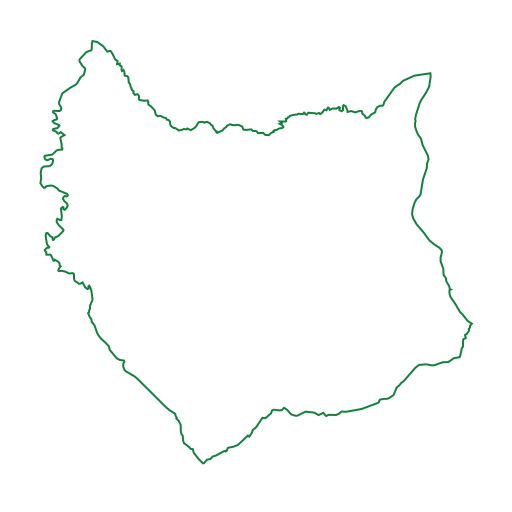 the district of Vemasse, Baucau, East Timor, rotated 92°
{"feature_id": "22284137B19870753775512", "entity_name": "Vemasse", "entity_type": "district", "adm_level": 2, "iso_a3": "TLS", "parent_name": "East Timor", "parent_adm1": "Baucau", "projection": "albers", "projection_center": [126.238, -8.584], "detail": "fine", "context": "isolated", "style": "outline", "palette": "green", "viewbox_px": 512, "rotation_deg": 92, "n_neighbors": 0, "source": "geoboundaries", "source_scale": "gbopen_adm2", "svg_char_len": 6041}
<svg xmlns="http://www.w3.org/2000/svg" viewBox="0 0 512 512"><g transform="rotate(92 256 256)"><path d="M316.1,37.9L313.4,42.4L307.2,47.5L304.9,50.1L297.0,55.1L289.8,60.4L286.0,61.4L283.8,61.5L283.2,61.3L282.7,60.1L282.1,61.2L279.3,61.9L274.7,64.9L271.7,65.4L268.3,67.9L262.0,68.4L255.0,71.3L251.2,71.5L246.0,70.3L244.0,70.5L241.4,72.9L237.8,78.8L234.3,83.3L227.1,88.9L218.4,96.8L212.8,100.3L208.6,101.5L203.8,101.1L197.1,99.3L193.7,97.7L190.6,94.7L188.5,93.7L173.7,91.8L162.4,88.4L157.8,88.3L153.5,86.9L149.9,87.6L139.2,93.4L133.2,95.1L128.7,98.5L125.9,99.8L121.4,101.5L117.5,101.7L115.7,101.2L113.7,101.7L109.0,101.0L97.8,97.8L95.0,96.7L87.1,91.9L80.8,88.9L70.5,87.7L67.3,88.1L70.2,103.9L75.7,115.0L79.0,118.3L83.0,123.6L97.6,133.2L100.6,134.0L101.4,134.7L101.6,137.6L102.9,139.8L105.1,141.3L108.2,141.9L110.5,145.7L113.5,148.1L114.2,149.9L114.0,151.2L112.5,151.7L109.9,154.8L108.2,154.9L107.5,155.4L107.3,156.9L109.0,161.9L107.8,165.9L108.8,169.5L107.3,169.7L103.3,171.6L102.2,173.6L103.2,174.4L107.2,174.1L108.3,175.4L107.3,177.8L106.7,177.9L104.8,177.3L104.2,178.5L106.0,180.8L105.9,184.8L107.4,187.3L105.2,188.7L105.3,189.5L107.9,190.6L107.3,192.7L110.7,195.1L111.9,196.8L110.9,197.9L111.9,200.8L111.3,201.9L111.0,208.7L113.1,210.2L112.3,212.0L111.1,212.5L111.0,213.0L112.4,214.1L112.6,215.0L112.3,218.6L113.2,220.0L113.5,222.8L114.8,227.0L116.3,228.3L116.3,229.0L117.6,229.7L117.9,231.0L120.1,230.5L120.6,231.1L120.7,236.7L122.2,234.9L123.1,236.9L124.0,234.8L125.7,233.2L126.5,233.2L127.3,234.8L127.7,237.2L129.5,240.2L129.7,242.2L130.6,243.0L131.2,242.5L132.7,245.5L134.8,247.4L134.6,251.1L132.7,253.1L133.1,258.3L131.5,259.7L131.1,260.7L131.2,263.5L129.6,265.2L130.3,269.8L130.2,272.6L129.9,273.1L127.1,274.3L125.9,277.2L125.5,279.6L126.1,280.9L125.9,284.4L125.2,286.5L126.9,289.6L128.3,290.3L129.5,292.2L131.6,293.7L134.3,299.1L133.9,299.9L132.9,299.6L132.4,300.7L129.8,303.0L127.3,304.0L126.4,305.6L124.8,306.9L123.6,309.6L124.1,311.7L124.6,312.2L123.8,313.9L124.1,317.4L124.6,318.2L128.4,320.3L130.2,322.0L132.5,325.6L131.0,329.1L131.9,329.9L131.6,332.7L132.5,334.3L133.3,337.6L131.0,341.0L130.9,342.6L129.8,344.7L128.1,346.2L124.6,346.7L123.0,348.3L123.0,349.7L121.2,350.9L120.8,353.3L119.3,356.2L119.7,359.0L118.4,361.0L113.9,362.4L110.1,366.1L108.5,368.8L105.0,369.2L104.3,369.8L104.8,373.2L104.2,377.6L103.4,378.6L100.4,378.4L98.7,379.6L98.4,380.4L99.2,382.6L97.3,384.3L95.6,384.1L94.3,385.9L92.7,386.2L92.0,387.0L88.5,387.9L87.1,389.2L81.8,389.9L80.8,391.1L80.4,393.4L76.4,394.1L74.7,394.9L75.8,396.4L74.6,396.9L71.8,396.8L70.9,397.3L70.4,398.8L68.5,398.8L69.1,401.6L66.0,401.1L64.4,403.6L59.4,406.2L56.5,408.2L56.1,408.7L56.9,411.8L51.7,416.0L47.7,422.1L46.9,426.9L48.4,427.4L55.2,427.4L56.1,427.8L58.2,432.8L65.5,439.0L66.4,439.3L67.5,439.2L71.9,436.3L74.5,433.4L75.7,433.2L80.9,434.4L83.6,437.6L89.4,440.6L91.0,442.0L94.2,447.3L100.3,455.3L109.1,458.2L111.0,458.0L114.9,455.7L116.7,455.9L118.0,457.5L117.9,462.9L118.3,463.8L119.5,463.8L121.1,461.4L122.5,460.6L125.7,459.5L126.5,460.0L127.2,462.4L128.3,464.0L130.2,462.4L131.9,457.6L132.6,457.0L135.1,458.9L136.0,462.7L136.3,463.2L137.4,463.4L138.8,459.8L140.3,458.7L140.6,457.7L139.0,455.4L141.8,451.6L144.1,455.3L144.8,455.7L151.1,454.1L153.9,454.1L155.5,453.2L156.4,453.4L156.8,457.0L157.5,459.0L161.7,463.0L163.2,470.4L163.9,470.9L166.2,470.4L167.0,469.6L167.6,468.0L166.0,464.5L166.2,463.0L166.7,462.3L168.4,462.1L171.5,463.1L173.4,465.3L174.0,471.1L175.7,473.3L180.5,474.1L186.0,473.4L190.7,474.0L193.8,471.9L195.4,470.1L195.1,469.3L193.9,468.4L193.4,467.1L192.7,463.4L193.0,461.3L195.5,456.8L197.6,455.0L200.5,447.0L201.7,446.2L202.5,446.4L203.1,447.3L202.8,449.4L204.1,450.6L205.5,450.9L207.8,449.5L209.9,447.0L211.9,445.9L214.6,447.0L216.6,448.8L215.9,450.1L214.2,450.1L213.7,450.8L214.8,452.2L215.8,452.6L223.1,451.4L226.8,451.8L227.0,452.9L225.7,455.8L226.5,456.4L229.2,456.3L232.2,454.1L236.0,449.9L236.8,449.3L237.8,449.6L243.0,454.2L244.2,457.2L247.0,458.9L246.9,459.7L244.3,460.1L243.4,462.3L240.4,464.9L240.2,465.8L240.6,466.4L242.6,466.9L244.5,466.7L250.6,465.5L251.9,465.1L254.3,462.9L255.0,463.4L255.0,465.1L257.4,467.3L258.6,466.9L259.7,465.7L262.0,465.5L261.8,461.6L262.3,460.9L267.8,458.2L267.7,457.4L266.7,457.0L268.7,453.4L270.1,452.2L272.3,451.8L273.2,450.8L275.3,452.5L277.4,453.1L278.0,452.3L277.6,449.4L278.2,446.4L280.0,441.9L279.5,438.4L280.5,437.3L285.4,437.0L287.1,436.4L287.9,435.3L288.1,434.4L290.0,432.1L289.7,430.4L288.4,428.4L293.1,425.7L295.0,423.4L294.5,422.3L292.4,422.4L291.5,421.7L292.4,420.9L296.3,419.3L305.5,417.8L311.8,420.3L314.4,419.9L315.9,420.8L317.9,420.9L319.0,421.8L323.4,419.7L324.8,418.4L327.8,417.7L330.9,415.0L338.2,412.2L340.9,410.6L344.4,407.7L348.0,403.2L351.3,400.0L355.1,398.8L363.3,391.3L364.6,388.6L365.1,384.3L366.0,383.8L368.5,384.9L371.3,384.8L374.6,383.4L375.7,382.2L380.6,373.1L382.6,370.5L410.4,340.5L413.1,337.1L416.5,331.3L418.7,330.7L420.3,329.6L421.1,330.0L423.5,327.5L427.3,325.4L434.1,325.0L436.6,324.2L438.5,322.9L442.9,322.4L445.5,321.5L449.5,315.9L451.0,314.7L451.2,312.4L454.4,311.5L456.2,310.2L461.0,306.2L465.1,301.7L464.8,300.7L461.3,297.8L460.4,294.4L457.9,292.3L457.0,289.4L452.3,281.4L451.8,280.1L452.4,279.5L451.8,278.5L449.1,277.6L448.6,277.0L447.4,271.9L445.5,267.5L435.7,257.8L436.8,256.5L433.5,254.3L430.0,253.1L427.1,249.9L417.5,243.9L417.8,241.2L417.3,240.4L412.5,235.3L409.9,234.7L409.0,232.7L409.5,227.2L409.1,224.7L406.7,222.8L408.6,219.6L413.0,215.4L414.2,211.5L414.2,209.2L409.8,201.0L410.5,192.5L412.8,187.9L410.4,183.2L413.3,180.6L413.3,179.8L412.2,178.0L412.1,170.4L410.6,167.3L409.1,166.0L408.4,164.6L408.6,160.9L405.2,145.1L398.5,129.0L398.0,128.2L395.3,127.3L394.2,122.9L394.3,120.9L393.6,118.4L390.2,113.7L382.3,110.7L380.5,108.4L377.7,106.4L375.9,104.0L362.2,92.9L359.1,89.1L358.3,81.9L359.2,76.2L359.0,74.2L355.6,65.5L355.4,60.3L351.2,54.6L350.1,49.3L349.5,48.6L341.2,47.1L339.3,46.0L332.5,46.1L331.9,45.8L330.7,43.5L327.6,44.3L326.3,42.4L323.7,40.8L322.9,40.4L321.5,40.8L320.0,39.7L318.2,39.7L316.1,37.9Z" fill="none" stroke="#15803d" stroke-width="2"/></g></svg>